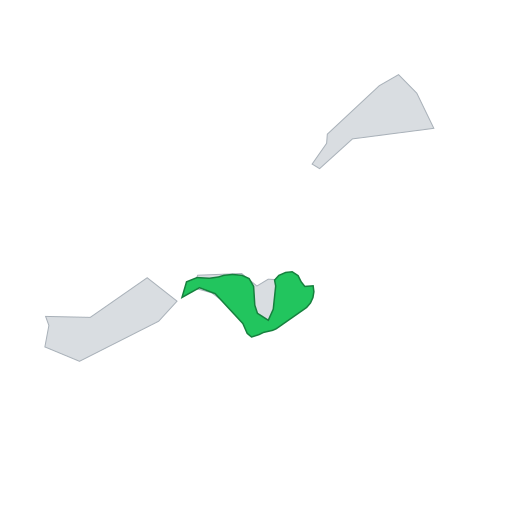 North Caicos highlighted on a map of Turks and Caicos Islands, rotated 145°
{"feature_id": "TCA-5004", "entity_name": "North Caicos", "entity_type": "state/province", "adm_level": 1, "iso_a3": "TCA", "parent_name": "Turks and Caicos Islands", "parent_adm1": "", "projection": "albers", "projection_center": [-71.96, 21.894], "detail": "fine", "context": "in_parent", "style": "filled", "palette": "green", "viewbox_px": 512, "rotation_deg": 145, "n_neighbors": 0, "source": "natural_earth", "source_scale": "10m", "svg_char_len": 1022}
<svg xmlns="http://www.w3.org/2000/svg" viewBox="0 0 512 512"><g transform="rotate(145 256 256)"><path d="M465.5,317.9L463.0,327.2L427.0,300.8L357.6,300.6L346.6,264.3L373.1,258.4L461.0,271.0L481.1,302.6L465.5,317.9ZM37.1,258.6L109.8,296.6L153.8,291.1L157.3,299.1L133.5,307.8L127.7,314.9L57.3,324.8L35.2,322.8L30.9,297.1L37.1,258.6ZM326.0,266.4L314.8,273.7L277.8,249.9L272.5,230.9L259.3,230.0L237.3,212.9L242.6,190.8L293.1,189.8L313.4,251.2L326.0,266.4Z" fill="#d9dde1" stroke="#a8b0b8" stroke-width="1"/><path d="M235.4,222.3L232.8,215.8L233.8,209.1L233.5,203.1L226.3,198.8L229.1,193.5L233.2,189.3L238.3,186.3L244.1,184.8L281.3,184.8L285.1,185.6L293.7,189.1L298.7,189.9L306.1,192.2L307.6,197.6L305.5,208.2L311.0,248.5L320.5,262.5L340.4,264.5L327.7,274.7L316.6,272.1L307.0,264.5L298.7,260.3L293.4,258.6L285.8,254.3L278.6,248.2L274.6,241.5L275.4,232.5L285.2,216.4L287.7,208.2L282.8,196.3L272.4,202.5L257.1,220.1L254.6,225.6L248.4,227.0L241.1,225.5L235.4,222.3Z" fill="#22c55e" stroke="#15803d" stroke-width="1.5"/></g></svg>